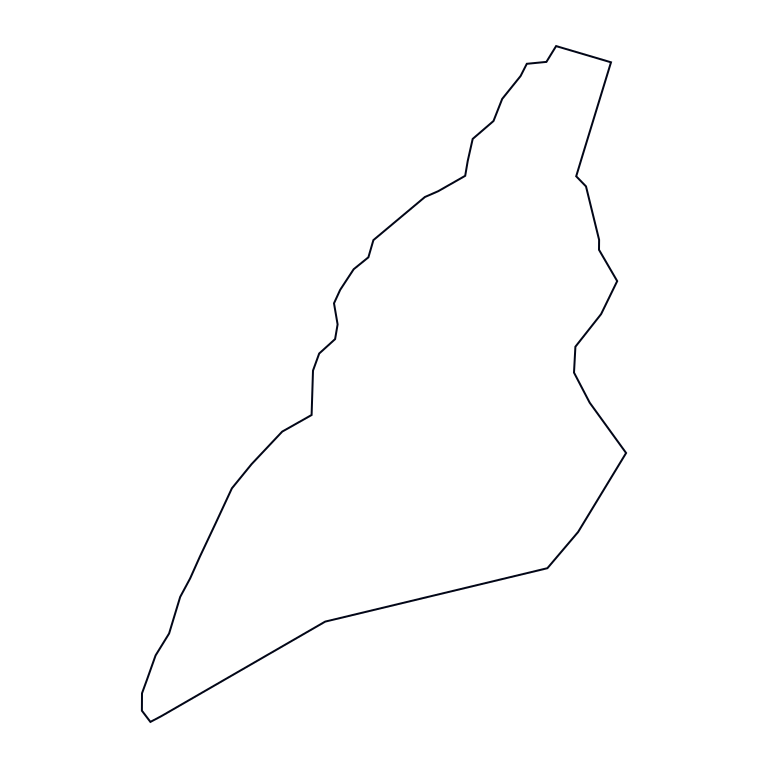 Yakkasaray, Tashkent, Uzbekistan (Mercator projection)
{"feature_id": "79887680B84205310122057", "entity_name": "Yakkasaray", "entity_type": "district", "adm_level": 2, "iso_a3": "UZB", "parent_name": "Uzbekistan", "parent_adm1": "Tashkent", "projection": "mercator", "projection_center": [69.216, 41.248], "detail": "fine", "context": "isolated", "style": "outline", "palette": "ink", "viewbox_px": 768, "rotation_deg": 0, "n_neighbors": 0, "source": "geoboundaries", "source_scale": "gbopen_adm2", "svg_char_len": 733}
<svg xmlns="http://www.w3.org/2000/svg" viewBox="0 0 768 768"><path d="M547.4,568.2L578.1,532.0L626.1,453.0L589.7,402.7L574.0,372.6L575.4,346.7L601.1,314.1L617.2,281.1L599.0,249.8L599.1,239.8L586.0,186.4L576.2,176.3L582.5,155.5L611.0,62.3L556.1,46.1L546.4,61.9L526.8,63.8L520.6,76.0L502.2,98.9L493.5,121.0L472.7,138.9L467.7,161.1L465.2,175.8L438.2,191.2L424.9,197.0L373.4,240.1L368.4,257.3L353.7,269.2L340.2,289.8L334.0,303.3L337.6,324.4L335.1,339.1L319.2,353.5L313.0,370.6L311.6,415.0L282.2,431.6L251.6,464.1L231.9,488.3L216.0,522.5L199.9,556.6L190.1,578.5L180.2,596.9L169.1,633.5L155.6,655.4L146.9,679.9L142.0,693.3L141.9,710.7L150.4,721.9L161.4,716.1L325.2,621.6L547.4,568.2Z" fill="none" stroke="#020617" stroke-width="2"/></svg>